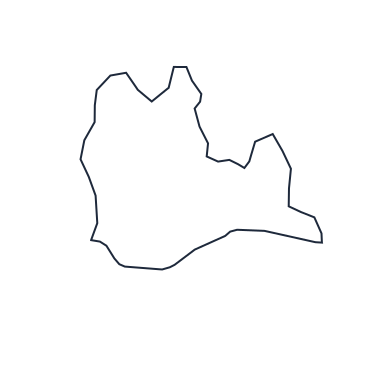 the border of Cəbrayıl, rotated 34°
{"feature_id": "AZE-1699", "entity_name": "Cəbrayıl", "entity_type": "District", "adm_level": 1, "iso_a3": "AZE", "parent_name": "Azerbaijan", "parent_adm1": "", "projection": "orthographic", "projection_center": [46.951, 39.318], "detail": "fine", "context": "isolated", "style": "outline", "palette": "slate", "viewbox_px": 384, "rotation_deg": 34, "n_neighbors": 0, "source": "natural_earth", "source_scale": "10m", "svg_char_len": 929}
<svg xmlns="http://www.w3.org/2000/svg" viewBox="0 0 384 384"><g transform="rotate(34 192 192)"><path d="M207.3,274.8L178.0,291.4L172.1,292.5L164.8,290.5L151.1,284.4L143.4,284.6L135.3,288.3L135.2,288.1L130.9,270.8L114.1,248.9L98.0,237.2L81.3,227.2L73.8,209.3L72.2,188.5L62.9,174.4L56.0,160.7L59.2,141.1L70.7,130.0L85.2,135.7L87.0,136.4L89.9,137.6L108.0,139.5L111.3,128.6L113.7,120.8L114.4,118.7L110.5,108.1L107.0,98.5L117.5,91.5L118.4,92.1L129.7,99.7L137.3,102.6L144.9,105.5L148.2,112.6L147.5,121.3L161.7,133.6L178.1,142.7L184.3,154.3L196.6,152.2L205.0,144.5L214.6,143.2L222.0,142.8L222.4,134.6L220.4,128.4L216.2,115.0L219.0,110.6L226.5,98.8L244.1,107.4L261.0,117.4L270.4,134.8L280.2,149.8L293.5,147.7L307.6,144.6L322.5,153.9L327.9,161.2L328.0,161.3L322.4,164.6L273.8,183.7L250.5,198.1L245.8,203.5L244.1,209.8L226.5,238.2L218.3,262.1L215.7,266.8L210.6,272.9L207.3,274.8Z" fill="none" stroke="#1e293b" stroke-width="2"/></g></svg>